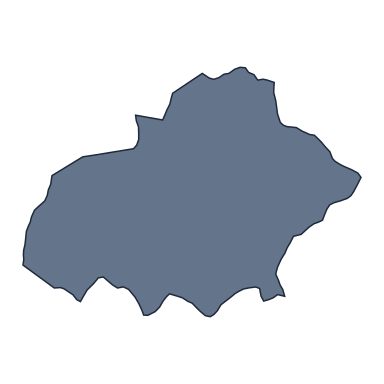 outline of Sales Oliveira, São Paulo, Brazil
{"feature_id": "56859067B84294219247237", "entity_name": "Sales Oliveira", "entity_type": "district", "adm_level": 2, "iso_a3": "BRA", "parent_name": "Brazil", "parent_adm1": "São Paulo", "projection": "robinson", "projection_center": [-47.84, -20.825], "detail": "fine", "context": "isolated", "style": "filled", "palette": "slate", "viewbox_px": 384, "rotation_deg": 0, "n_neighbors": 0, "source": "geoboundaries", "source_scale": "gbopen_adm2", "svg_char_len": 1883}
<svg xmlns="http://www.w3.org/2000/svg" viewBox="0 0 384 384"><path d="M361.0,177.4L357.9,173.1L352.0,169.9L343.5,166.2L338.7,163.7L335.1,161.3L332.5,158.6L329.9,151.8L324.7,146.2L321.8,142.6L318.0,138.7L314.3,135.2L309.6,134.5L305.7,132.7L302.1,131.1L296.4,127.6L290.9,127.0L286.8,126.6L283.2,125.1L280.3,122.4L277.5,113.9L276.8,108.4L275.7,100.5L273.7,92.6L273.9,87.0L274.2,82.4L266.9,80.0L263.0,79.2L257.7,80.1L254.0,74.7L248.6,72.4L245.4,67.8L240.1,67.3L234.6,69.3L228.9,73.4L224.0,74.2L219.0,77.6L213.8,79.3L209.3,78.1L202.3,73.4L172.7,93.2L171.3,97.9L169.9,104.0L166.9,110.0L165.1,114.4L162.6,120.0L135.6,115.2L136.3,120.7L138.5,126.9L138.7,133.2L138.7,139.5L136.7,145.1L133.5,148.7L93.7,155.2L82.8,156.8L52.0,175.6L50.7,184.3L48.3,190.0L47.3,195.4L44.7,201.0L38.7,206.3L34.5,210.2L31.5,216.9L30.3,222.0L28.5,225.8L26.4,231.3L25.7,238.2L25.0,244.5L23.7,250.1L23.4,254.9L23.8,259.3L23.0,265.1L54.3,288.0L60.6,287.6L64.2,288.9L67.3,291.0L72.9,294.7L76.7,299.6L80.4,301.6L83.5,296.1L87.2,289.9L93.6,283.6L98.3,277.9L103.3,277.0L112.4,284.8L117.5,288.0L123.4,286.9L128.6,289.4L135.1,297.2L138.7,303.4L141.8,310.0L143.7,315.1L147.9,315.3L155.2,311.6L159.6,307.1L163.0,301.2L166.5,296.7L169.5,293.8L174.7,295.4L178.5,296.5L182.6,297.9L187.8,301.3L192.2,303.2L196.4,307.6L200.5,311.6L205.4,315.7L210.3,316.7L213.9,314.5L217.4,310.7L221.0,304.7L225.4,301.3L230.5,297.4L234.9,293.7L238.5,291.5L243.5,289.0L249.4,287.8L255.8,287.0L259.6,288.5L261.1,296.3L263.7,301.1L268.5,299.7L273.0,297.9L277.7,294.6L284.7,296.3L282.8,289.6L280.0,284.8L278.5,280.4L275.7,274.1L277.5,267.2L281.2,259.1L285.0,253.0L287.2,247.7L289.9,243.3L293.5,236.3L301.1,234.4L304.5,231.3L309.2,227.0L314.2,223.6L318.4,222.2L322.5,220.2L324.9,213.9L327.0,208.9L329.9,204.7L334.3,202.6L340.3,200.9L347.4,198.3L351.0,195.6L353.5,191.9L357.3,184.8L361.0,177.4Z" fill="#64748b" stroke="#1e293b" stroke-width="1.5"/></svg>